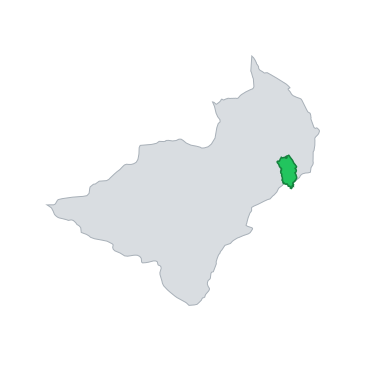 Paoua, Ouham-Pendé, Central African Republic (highlighted), rotated 160°
{"feature_id": "33826404B93316862366408", "entity_name": "Paoua", "entity_type": "district", "adm_level": 2, "iso_a3": "CAF", "parent_name": "Central African Republic", "parent_adm1": "Ouham-Pendé", "projection": "robinson", "projection_center": [16.583, 7.218], "detail": "fine", "context": "in_parent", "style": "filled", "palette": "green", "viewbox_px": 384, "rotation_deg": 160, "n_neighbors": 0, "source": "geoboundaries", "source_scale": "gbopen_adm2", "svg_char_len": 6752}
<svg xmlns="http://www.w3.org/2000/svg" viewBox="0 0 384 384"><g transform="rotate(160 192 192)"><path d="M259.6,141.4L262.7,142.3L263.3,143.4L262.4,147.0L263.1,149.3L264.9,151.2L266.7,152.0L268.4,152.5L274.5,153.7L277.1,155.0L280.4,159.2L284.6,163.1L285.6,165.1L285.5,167.0L284.2,169.3L284.4,170.2L286.4,172.5L288.6,174.8L292.6,177.3L299.6,181.4L302.8,184.1L303.9,186.1L305.7,188.3L308.2,190.4L309.9,191.9L308.8,196.4L309.2,197.8L309.8,199.1L311.2,200.8L311.8,203.1L313.3,205.9L315.0,207.1L317.9,207.6L319.4,208.9L322.6,211.1L325.7,213.1L327.0,214.4L327.8,215.6L328.5,217.0L328.9,218.3L329.0,221.3L329.5,225.1L331.2,227.6L332.7,229.5L326.5,227.3L325.5,227.3L324.4,227.6L321.2,230.3L320.1,230.6L316.0,230.1L306.0,228.0L298.4,225.9L296.1,225.2L292.0,224.5L289.2,225.9L286.7,230.6L286.0,231.6L282.0,233.0L280.1,232.6L275.5,233.9L268.4,231.9L265.8,232.3L263.8,233.3L258.7,235.5L255.6,236.7L252.0,237.8L248.6,239.5L246.3,240.5L244.0,240.5L242.0,239.5L239.7,238.7L237.0,238.5L234.3,239.0L231.9,240.9L231.0,242.2L228.9,245.8L226.5,251.7L225.5,252.8L224.7,253.5L213.5,250.5L208.7,249.9L205.5,250.8L201.4,249.1L199.6,248.8L198.8,249.3L196.5,248.6L192.8,246.6L189.3,245.8L186.2,246.1L184.2,245.4L182.7,243.5L180.6,239.9L177.0,236.4L172.1,233.5L169.1,231.4L167.9,230.0L165.3,229.2L161.3,229.0L157.4,230.4L151.9,234.8L146.7,243.9L143.9,247.4L141.6,248.3L141.0,250.4L142.1,253.9L142.4,257.9L141.6,264.7L141.9,269.6L140.7,268.8L139.5,266.5L139.0,266.1L135.6,267.1L133.8,268.0L132.9,268.9L132.2,269.1L131.1,267.8L130.3,267.6L128.9,267.8L127.6,267.8L126.7,267.6L126.1,267.8L124.5,267.0L118.7,265.1L117.7,264.5L116.5,264.5L113.5,266.2L111.9,266.7L107.0,267.7L101.9,268.2L99.9,268.2L98.5,268.9L97.7,270.0L96.0,276.2L95.6,277.3L95.7,278.9L95.3,283.9L95.4,285.5L89.3,299.3L88.2,297.0L87.6,294.3L87.3,291.2L87.5,290.4L87.1,289.5L86.6,287.0L87.1,285.3L86.7,283.6L85.5,282.0L84.4,280.7L83.7,279.5L83.2,279.0L82.0,278.8L80.4,278.3L73.5,270.1L66.4,261.0L64.9,258.1L64.3,256.4L66.1,256.2L66.5,255.9L66.5,255.1L65.5,252.7L65.0,249.8L64.1,248.0L61.3,245.2L58.6,243.0L57.7,242.0L57.3,240.4L56.2,230.6L55.8,227.8L54.9,226.5L54.3,226.0L54.1,225.3L54.2,223.5L54.6,222.0L54.6,221.4L55.3,220.0L55.3,210.9L54.4,209.6L52.8,209.6L52.0,208.3L51.3,206.6L51.5,205.4L53.0,203.6L54.0,202.9L57.1,201.4L58.0,200.7L58.5,199.8L58.8,198.6L60.6,193.9L63.2,189.2L64.4,188.3L67.0,181.4L67.7,179.7L68.1,177.9L69.0,176.5L71.8,174.2L74.0,170.1L76.4,170.3L78.8,171.0L81.9,171.3L84.4,170.5L86.0,168.9L93.5,166.2L94.1,164.0L95.3,162.8L96.6,161.8L97.1,161.7L97.2,162.4L98.1,164.7L99.8,166.9L102.3,169.4L103.0,169.3L104.6,167.4L108.5,166.2L109.5,165.7L112.3,163.0L115.7,161.2L117.6,160.6L121.0,158.8L123.4,159.0L127.3,158.7L133.8,157.9L138.5,157.6L140.8,157.2L141.4,156.9L142.3,154.2L143.0,153.5L144.8,152.4L148.2,148.4L150.5,145.1L151.2,143.9L151.6,143.6L152.6,142.2L151.6,140.8L147.8,137.8L147.8,137.4L147.6,136.9L147.8,136.5L149.3,135.3L151.3,133.9L153.4,133.4L158.9,133.5L163.6,133.2L164.7,133.3L168.4,132.6L170.9,131.9L173.5,130.5L179.3,130.6L184.2,127.0L185.5,126.4L186.2,125.8L186.3,125.2L188.6,123.8L191.2,120.8L193.2,118.1L193.7,116.2L199.2,109.8L201.1,109.9L202.0,109.1L204.2,104.8L204.9,104.1L207.1,103.3L208.2,102.0L209.1,100.2L209.1,97.8L208.7,95.9L208.7,95.0L209.2,94.2L210.1,93.4L214.3,91.0L215.3,89.9L215.9,88.9L217.1,88.7L218.4,88.8L219.2,88.2L220.1,87.2L223.0,85.8L225.7,84.7L228.5,85.1L233.6,86.5L235.1,89.6L235.9,90.7L242.2,97.9L243.4,99.6L246.6,104.9L248.5,108.4L250.7,113.5L251.0,116.3L250.7,118.7L250.3,125.4L249.7,127.3L247.0,130.9L246.8,132.6L247.4,133.9L248.3,134.5L248.8,135.2L248.5,138.3L249.5,139.5L251.6,140.4L256.8,140.9L259.6,141.4Z" fill="#d9dde1" stroke="#a8b0b8" stroke-width="1"/><path d="M87.0,179.0L85.9,179.2L85.6,179.4L85.3,179.7L85.1,180.0L85.1,180.4L85.2,180.8L85.4,181.1L85.6,181.5L85.6,182.2L86.4,184.2L86.7,187.4L87.0,188.4L87.9,191.2L88.1,192.2L88.5,193.4L89.2,193.3L89.9,193.3L90.6,193.4L91.6,193.2L91.8,192.6L91.7,192.4L91.4,192.3L91.1,192.3L91.0,192.2L90.9,192.0L91.0,191.8L91.2,191.6L91.5,191.5L92.1,191.6L92.5,192.7L92.6,192.8L92.8,192.6L93.1,192.6L93.3,192.8L93.6,192.9L93.8,193.0L94.4,193.0L95.0,193.1L95.3,193.1L95.7,193.4L95.8,193.6L96.0,193.9L96.2,194.1L96.7,193.6L97.2,193.1L97.8,192.8L98.7,191.7L99.0,191.5L99.1,191.3L99.4,191.1L99.5,191.1L99.9,191.3L100.3,191.5L100.5,191.4L100.7,191.2L100.8,191.2L100.9,191.4L101.0,191.6L101.5,191.5L101.6,191.3L101.7,191.1L101.8,190.4L101.1,188.6L101.1,188.3L101.1,188.1L101.0,187.6L101.1,186.9L101.0,186.5L101.0,186.3L101.1,186.0L100.9,185.7L100.8,184.8L100.5,184.5L100.3,184.4L100.2,184.3L100.2,184.1L100.3,183.8L99.9,183.2L100.0,183.0L100.4,182.9L100.5,182.7L100.4,182.3L100.4,182.0L100.5,181.9L101.1,181.9L101.2,181.2L101.8,180.7L102.0,179.3L101.8,178.8L101.5,178.2L101.8,177.5L102.2,176.7L102.2,174.9L102.2,174.4L102.3,174.2L102.4,173.9L102.5,173.8L102.5,173.6L102.5,173.3L102.5,173.1L102.9,172.9L103.3,172.6L103.4,172.1L103.0,171.4L103.0,171.0L103.3,169.8L103.2,169.7L103.1,169.8L103.1,169.7L103.0,169.8L103.0,169.7L102.9,169.8L102.8,169.7L102.7,169.5L102.7,169.4L102.5,169.2L102.4,169.1L102.4,168.8L102.5,168.6L102.4,168.6L102.4,168.4L102.2,168.3L102.1,168.2L102.0,167.9L101.9,167.9L101.8,167.7L101.5,167.6L101.4,167.4L101.2,167.3L101.1,167.2L101.0,167.3L100.9,167.3L100.7,167.2L100.1,167.2L100.1,166.9L99.9,166.8L99.9,166.6L99.6,166.4L99.6,166.1L99.6,165.8L99.6,165.7L99.5,165.4L99.5,165.2L99.6,164.9L99.6,164.7L99.4,164.6L99.3,164.4L99.2,164.4L98.9,164.2L98.7,164.1L98.4,164.2L98.2,164.1L98.1,163.9L98.1,163.7L98.0,163.4L98.1,163.2L98.0,162.9L97.9,162.9L97.9,162.7L98.0,162.6L98.0,162.4L97.9,162.3L97.8,162.2L97.8,161.9L98.0,161.8L97.9,161.7L98.0,161.7L98.0,161.4L98.1,161.2L98.0,161.3L97.9,161.4L97.8,161.5L97.7,161.4L97.5,161.6L97.3,161.5L97.2,161.6L97.3,161.7L97.3,161.8L97.1,161.8L96.9,161.8L96.9,162.0L96.7,162.1L96.4,162.1L96.3,162.3L96.3,162.5L96.2,162.6L96.2,162.8L95.9,163.0L95.9,163.3L95.8,163.5L95.7,163.5L95.4,163.6L95.2,163.6L95.1,163.4L95.0,163.2L94.8,163.2L94.7,163.0L94.6,163.3L94.5,163.5L94.4,163.7L94.3,163.8L94.2,163.9L94.1,164.0L94.3,164.3L94.4,164.5L94.2,164.7L94.2,164.8L94.2,165.0L94.3,165.2L94.5,165.2L94.5,165.3L94.2,165.6L94.2,165.8L94.1,166.0L93.9,166.2L93.7,166.4L93.4,166.5L93.2,166.5L92.9,166.6L92.7,166.6L92.4,166.7L92.3,166.8L92.2,166.8L92.0,167.0L91.9,166.9L91.7,166.9L91.6,167.0L91.5,167.3L91.4,167.3L91.2,167.4L91.1,167.6L90.9,167.6L90.7,167.7L90.7,167.8L90.4,168.0L90.1,168.1L89.6,168.7L88.9,169.2L88.7,169.6L88.6,170.2L88.5,170.9L88.5,171.5L88.6,171.8L88.5,172.1L88.4,172.2L88.4,172.5L88.4,172.8L88.5,173.5L88.6,174.2L88.7,174.8L88.5,175.0L88.1,175.0L87.9,175.1L87.6,175.2L87.3,175.5L87.0,175.9L86.7,176.2L86.6,176.5L86.6,176.8L86.6,177.0L86.5,177.3L86.5,177.5L86.8,178.2L86.9,178.5L87.0,178.8L87.0,179.0Z" fill="#22c55e" stroke="#15803d" stroke-width="1.5"/></g></svg>